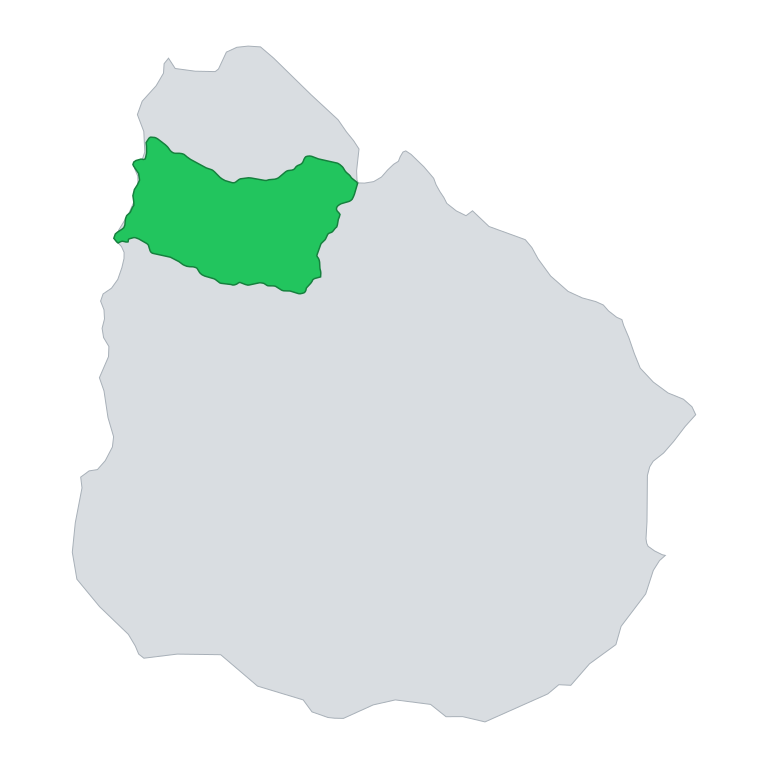 where Salto sits in Uruguay
{"feature_id": "URY-10", "entity_name": "Salto", "entity_type": "Department", "adm_level": 1, "iso_a3": "URY", "parent_name": "Uruguay", "parent_adm1": "", "projection": "robinson", "projection_center": [-57.006, -31.312], "detail": "fine", "context": "in_parent", "style": "filled", "palette": "green", "viewbox_px": 768, "rotation_deg": 0, "n_neighbors": 0, "source": "natural_earth", "source_scale": "10m", "svg_char_len": 4971}
<svg xmlns="http://www.w3.org/2000/svg" viewBox="0 0 768 768"><path d="M665.3,555.4L659.5,560.6L653.3,570.4L645.7,593.9L621.1,626.3L615.9,644.6L589.5,663.8L570.8,685.3L558.8,684.7L547.8,693.9L485.0,721.9L462.6,716.6L446.0,716.7L430.6,704.4L395.3,699.9L373.2,704.9L343.4,718.4L334.5,718.2L328.0,717.5L312.0,711.9L303.2,699.9L257.5,686.1L220.7,654.7L177.2,654.1L143.9,658.2L138.7,654.1L135.3,646.0L128.4,634.4L99.6,606.7L76.9,579.2L72.3,552.2L75.3,522.7L82.0,487.9L80.7,477.1L89.1,470.9L97.4,469.6L105.3,460.6L112.4,447.0L113.6,436.7L108.0,417.6L104.0,390.9L99.4,377.7L108.5,356.7L108.9,346.5L103.6,337.6L102.1,328.3L104.5,318.9L104.0,309.8L100.6,301.1L103.1,293.9L111.5,288.2L117.8,279.4L121.9,267.6L124.0,258.6L124.1,252.4L121.5,246.6L116.3,241.0L118.7,230.1L128.7,213.7L135.1,199.1L138.0,186.4L137.8,176.2L134.5,168.3L135.9,163.1L142.0,160.3L144.8,152.0L143.8,131.5L137.4,114.6L142.2,101.2L156.2,85.7L163.5,73.2L164.1,63.7L168.5,58.2L175.2,68.5L195.2,71.2L215.2,71.6L218.5,69.0L226.4,52.1L236.8,47.3L248.1,46.1L260.5,46.9L273.6,58.1L310.8,94.5L338.1,119.8L346.4,131.8L353.6,140.7L359.0,149.0L356.6,170.7L357.0,180.2L358.2,182.9L364.5,183.1L373.7,181.6L381.5,177.0L387.6,170.0L393.6,164.3L398.4,161.3L400.2,156.7L403.0,152.0L405.8,150.9L411.2,154.5L423.9,166.8L433.7,178.3L436.1,184.8L439.9,191.6L443.9,197.6L446.8,203.4L456.3,210.9L466.0,215.7L472.5,210.8L489.0,226.5L525.3,239.7L531.9,247.6L538.1,258.9L550.6,276.0L568.1,291.4L582.2,297.9L595.8,301.6L603.3,305.0L608.5,310.9L616.7,317.3L621.9,319.6L623.6,325.3L628.9,337.8L634.3,353.5L640.2,368.1L653.3,382.1L668.1,393.0L683.4,399.2L692.0,406.8L695.7,414.7L685.1,426.5L673.7,441.4L663.6,453.0L653.2,461.2L649.7,466.8L647.4,475.5L647.0,521.5L646.0,538.7L646.7,543.3L648.1,546.3L654.5,550.9L662.2,554.7L665.3,555.4Z" fill="#d9dde1" stroke="#a8b0b8" stroke-width="1"/><path d="M143.7,159.5L145.2,158.9L145.8,156.8L146.5,153.4L146.6,151.9L146.5,146.1L146.1,142.6L148.9,138.3L149.5,137.8L150.3,137.2L151.5,137.2L154.8,137.5L156.1,138.0L157.7,138.9L165.4,144.8L167.4,146.7L168.2,147.7L170.2,150.5L170.8,151.1L171.6,151.8L173.0,152.7L174.1,153.1L175.1,153.3L179.3,153.3L181.7,153.6L183.0,154.0L184.0,154.4L185.9,155.9L186.6,156.6L190.5,159.4L206.2,167.9L211.8,169.8L212.7,170.3L214.5,171.8L220.0,177.4L222.2,179.0L225.1,180.6L232.2,182.7L233.4,182.8L234.2,182.7L234.9,182.5L235.5,182.2L238.7,179.7L239.8,179.1L240.6,178.8L248.4,177.8L251.2,178.0L264.6,180.4L266.3,180.5L269.1,179.7L274.8,179.2L276.2,178.8L277.5,178.3L278.6,177.7L285.6,171.8L286.7,171.1L288.0,170.6L292.0,170.1L293.4,169.6L293.9,169.3L294.5,168.8L296.1,166.7L296.7,166.2L297.8,165.5L300.5,164.4L301.0,164.1L302.0,163.2L302.5,162.7L303.2,161.4L304.0,159.3L304.7,158.0L305.1,157.5L305.6,156.9L306.4,156.5L307.6,156.2L309.7,156.0L310.9,156.2L311.9,156.4L318.4,158.9L337.2,163.1L338.0,163.4L339.9,164.6L342.3,166.7L343.2,167.8L344.9,170.7L346.3,172.4L349.3,175.0L350.2,176.0L351.3,177.7L352.3,178.6L356.7,182.1L356.8,182.2L357.4,183.3L357.6,183.3L354.4,194.3L353.6,196.3L352.2,199.2L350.9,200.4L349.4,201.3L341.2,203.7L339.7,204.5L338.0,205.7L337.1,206.8L336.6,207.8L336.5,208.6L336.5,209.4L336.8,210.3L337.2,211.0L339.0,213.0L340.0,214.4L339.3,217.0L338.3,219.5L337.4,224.8L337.0,226.1L336.6,227.1L336.0,227.5L334.6,229.0L333.4,230.6L332.6,231.5L331.9,232.1L331.3,232.4L329.1,233.2L328.3,233.7L327.6,234.6L325.6,238.9L325.1,239.7L321.2,243.5L320.7,244.5L317.2,254.3L316.8,255.7L317.1,256.3L317.4,256.9L318.2,258.0L318.9,259.3L319.3,260.6L319.6,262.2L319.9,268.2L320.2,269.7L320.6,271.1L320.8,273.0L320.6,276.9L314.4,278.6L312.6,279.9L312.4,280.7L311.7,281.9L310.7,283.3L307.1,287.2L306.3,288.2L306.0,289.8L305.8,290.5L305.2,291.7L304.6,292.3L304.0,292.8L302.4,293.3L300.5,293.7L299.2,293.7L298.4,293.6L290.1,291.0L284.0,290.8L283.2,290.7L281.7,290.2L275.7,286.4L274.8,286.1L273.5,285.9L268.5,285.8L267.7,285.7L267.0,285.4L264.7,283.9L263.9,283.4L262.7,283.1L260.7,282.8L259.3,282.8L249.1,285.0L247.8,285.1L245.4,284.5L240.2,282.5L239.3,282.5L238.5,282.8L238.0,283.2L237.3,283.7L236.4,284.2L234.8,284.8L233.7,285.0L232.6,285.0L231.1,284.5L221.1,283.3L219.8,282.9L215.4,279.5L214.1,278.8L204.8,276.1L202.1,274.8L200.5,273.5L199.6,272.5L197.1,268.4L196.5,267.9L195.3,267.4L193.1,266.8L189.8,266.7L186.9,266.3L184.1,265.2L182.8,264.5L178.9,261.6L170.4,257.2L153.1,253.4L152.2,253.1L151.6,252.7L151.1,252.3L150.6,251.7L150.3,251.1L150.0,250.5L148.5,245.6L148.2,244.9L147.8,244.4L146.7,243.5L138.9,239.0L135.8,237.8L134.6,237.6L133.7,237.6L129.3,238.8L128.8,239.1L128.4,239.6L128.3,240.4L128.1,241.7L128.1,241.8L127.4,242.0L126.0,242.0L124.0,241.5L122.1,241.2L120.4,241.8L118.4,242.8L118.1,243.0L116.7,241.9L113.8,238.3L115.3,234.0L117.5,232.1L121.9,229.3L123.8,227.7L124.9,225.0L125.5,218.7L126.6,215.8L127.4,214.9L129.3,213.3L130.2,212.4L132.6,207.1L133.8,205.5L133.8,201.9L132.9,195.7L134.4,189.5L137.4,184.8L139.6,180.1L138.6,173.5L133.6,166.1L132.9,164.5L133.8,162.0L136.0,160.5L141.0,159.1L143.7,159.5Z" fill="#22c55e" stroke="#15803d" stroke-width="1.5"/></svg>